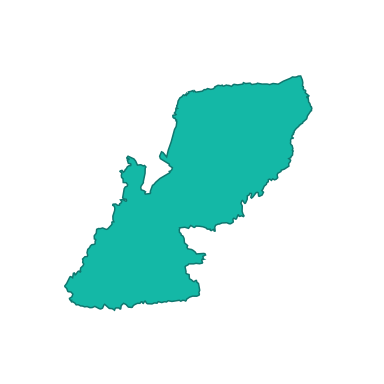 Mbooni, Eastern, Kenya (Albers equal-area conic projection), rotated 114°
{"feature_id": "3690345B27986350710354", "entity_name": "Mbooni", "entity_type": "district", "adm_level": 2, "iso_a3": "KEN", "parent_name": "Kenya", "parent_adm1": "Eastern", "projection": "albers", "projection_center": [37.612, -1.65], "detail": "fine", "context": "isolated", "style": "filled", "palette": "teal", "viewbox_px": 384, "rotation_deg": 114, "n_neighbors": 0, "source": "geoboundaries", "source_scale": "gbopen_adm2", "svg_char_len": 6088}
<svg xmlns="http://www.w3.org/2000/svg" viewBox="0 0 384 384"><g transform="rotate(114 192 192)"><path d="M185.3,265.0L187.3,265.5L187.8,265.1L187.3,263.3L187.9,262.8L189.1,264.1L191.7,261.8L191.2,259.5L192.1,258.8L192.9,258.8L193.3,260.0L195.2,261.3L197.5,261.5L198.7,262.1L200.1,262.0L201.6,262.6L200.7,264.8L202.0,266.2L202.5,266.2L203.2,263.8L205.7,263.3L207.4,262.2L207.9,260.5L211.3,258.7L210.3,255.8L211.5,253.7L213.2,253.6L214.5,255.0L216.5,255.3L225.5,253.0L226.0,251.4L225.4,249.0L226.6,248.2L227.2,248.4L227.4,249.0L227.0,252.1L228.3,254.1L229.3,252.3L230.9,252.4L232.2,253.3L233.5,252.9L234.4,254.5L234.0,256.8L235.2,259.1L235.8,259.2L236.4,259.0L236.6,257.2L238.4,255.8L240.6,255.1L246.2,254.5L249.5,252.9L251.0,251.3L251.8,252.8L252.3,252.9L253.7,252.1L254.6,252.1L260.0,254.0L260.8,254.7L261.1,255.5L261.2,259.0L262.7,260.8L263.5,262.7L264.9,263.9L268.7,262.7L271.6,263.5L272.3,263.3L274.6,262.1L274.5,260.8L275.0,260.4L276.3,260.5L278.3,259.6L279.0,259.6L279.7,260.2L280.9,262.1L282.7,262.9L284.5,262.9L286.8,263.9L290.2,263.2L292.1,261.6L293.5,261.4L294.7,263.5L297.8,264.7L298.8,263.8L300.8,263.2L301.8,261.6L303.7,261.6L306.7,262.8L308.8,262.2L310.0,261.3L310.7,261.6L310.2,263.1L311.0,263.9L315.0,264.7L315.2,265.2L314.0,266.1L313.8,266.6L314.5,267.3L318.9,266.2L318.6,268.2L318.8,268.8L319.4,269.0L326.6,269.3L329.6,270.0L330.2,269.6L331.1,267.2L333.1,265.3L333.4,264.5L332.6,262.0L333.7,259.3L336.7,259.1L339.0,260.7L339.6,260.3L340.5,258.9L340.0,257.9L341.2,257.7L341.4,257.3L340.8,256.1L341.1,253.9L342.2,251.9L341.2,250.1L341.4,247.4L340.7,245.6L340.6,243.4L339.3,241.2L339.2,238.2L338.2,236.2L336.0,234.2L336.3,229.1L336.0,227.8L334.5,226.5L330.9,226.5L330.1,226.1L332.0,220.2L331.0,217.4L331.5,214.7L329.8,214.8L328.8,214.3L327.6,211.6L328.1,210.7L328.1,209.9L327.7,209.6L324.5,210.5L321.5,209.2L321.6,206.5L323.0,203.3L322.1,200.4L321.6,199.7L319.5,199.4L318.0,198.4L315.9,196.6L314.9,194.3L312.9,193.7L312.6,193.1L313.5,191.9L313.5,191.1L311.2,190.9L310.7,190.4L312.0,188.3L312.2,187.3L310.5,183.0L308.6,181.2L307.8,178.7L305.9,178.2L305.3,174.6L303.5,172.7L302.8,170.5L301.0,169.5L300.2,165.9L296.1,159.6L296.3,157.8L294.9,156.7L294.2,155.2L294.2,153.5L293.7,153.2L292.1,153.3L289.1,151.5L286.9,149.1L285.2,145.2L283.4,143.6L282.3,143.7L281.1,144.8L278.6,145.0L272.9,148.9L272.5,150.7L271.0,152.0L271.4,152.7L273.1,153.7L273.1,155.2L272.5,156.6L272.3,159.0L268.6,161.1L268.9,162.7L268.8,164.2L268.3,164.7L266.9,165.2L263.2,167.9L262.3,167.7L260.2,166.0L258.9,165.6L256.9,161.2L255.5,159.3L254.5,156.0L252.9,153.8L252.3,153.6L250.5,155.3L249.9,155.4L248.6,153.8L248.7,155.2L247.7,154.9L246.4,155.9L244.0,154.0L243.1,155.1L243.4,156.4L246.8,162.8L245.6,164.5L244.9,167.1L244.7,169.0L245.6,172.6L244.6,174.1L242.7,174.2L241.5,178.2L237.9,180.2L236.8,181.3L235.9,182.5L235.8,184.3L234.9,184.8L234.2,185.8L234.1,186.9L231.7,188.3L230.4,188.3L229.8,188.8L227.1,184.2L226.6,180.4L223.1,179.5L223.5,175.8L223.2,175.2L221.5,174.5L220.3,171.4L219.3,167.8L219.1,164.6L219.7,163.0L218.6,160.2L219.5,159.7L219.5,158.8L217.5,157.2L218.7,155.7L218.2,155.0L214.9,156.9L212.8,156.9L210.7,155.1L210.2,154.0L208.1,152.0L205.9,147.7L205.9,145.1L205.3,143.8L203.0,142.2L202.4,142.2L200.5,143.4L199.3,143.4L198.9,143.0L199.1,141.3L198.5,140.5L194.4,140.7L194.0,140.2L195.0,139.0L194.9,138.5L193.5,136.9L193.6,135.1L193.1,134.8L192.5,134.9L191.3,136.6L189.2,138.4L184.3,140.4L182.3,142.8L179.6,142.8L179.1,142.3L179.3,141.9L180.8,139.6L180.9,139.0L180.3,138.6L176.1,138.6L173.0,139.9L171.7,138.7L169.7,138.6L169.2,137.3L169.5,136.8L173.0,136.1L173.4,135.2L172.3,134.5L166.4,133.1L165.7,132.2L165.8,131.2L168.6,129.5L168.5,128.6L166.2,126.7L163.1,126.6L162.3,128.8L160.6,128.4L157.3,128.4L154.8,127.2L152.9,127.4L151.7,126.5L149.6,127.3L148.6,126.2L149.1,124.2L147.2,123.6L147.3,121.5L146.1,120.3L144.1,119.5L141.7,121.2L140.0,121.2L137.1,119.1L135.8,119.3L133.5,116.9L129.0,114.0L126.6,115.3L124.9,114.7L123.2,114.7L122.7,115.0L122.1,117.2L120.5,115.7L119.4,115.9L117.3,115.2L114.5,116.3L113.4,116.2L113.1,117.3L111.3,117.5L108.9,119.4L108.3,121.0L107.3,122.0L106.3,122.1L104.4,123.1L103.2,123.1L102.5,122.8L102.0,121.6L101.5,121.5L101.0,123.1L99.7,123.6L98.0,122.8L97.1,123.5L96.4,122.9L94.7,123.4L91.6,122.6L88.3,121.1L87.2,121.1L86.3,120.2L85.2,120.0L84.3,119.0L83.1,119.1L78.5,117.0L75.5,117.5L70.0,116.5L69.1,115.9L68.5,116.4L67.2,116.4L66.0,117.2L65.6,117.6L65.7,118.2L63.1,120.5L62.5,121.9L58.9,124.1L59.0,125.4L58.5,125.8L58.1,125.7L57.5,124.5L56.6,124.3L55.2,129.0L53.4,129.2L52.9,130.1L53.2,131.4L52.5,132.5L51.5,132.5L50.4,133.2L50.4,134.0L50.0,134.3L47.1,135.2L44.8,136.8L41.8,139.9L42.9,142.1L44.0,142.9L45.2,144.6L46.0,147.0L48.2,148.5L53.7,153.7L58.4,157.1L59.9,162.1L62.3,164.7L62.8,167.3L64.9,171.9L66.0,176.5L66.9,177.0L69.5,181.1L68.9,183.2L71.1,187.1L71.2,189.5L72.8,189.5L75.6,193.9L76.5,197.3L77.1,197.9L79.5,198.9L79.6,201.8L80.0,202.1L80.3,204.1L82.3,206.0L82.6,206.7L82.1,207.9L83.1,208.8L83.9,211.6L86.7,213.9L87.3,213.6L89.4,214.8L90.6,216.6L91.2,219.9L92.8,220.9L93.5,222.5L95.7,223.6L99.2,229.0L98.5,231.3L99.6,231.3L99.3,232.9L100.2,233.5L102.0,236.0L103.1,235.2L104.1,235.9L103.9,236.8L105.0,236.3L105.9,236.4L105.4,237.6L106.8,238.0L106.7,239.2L107.3,239.6L109.1,240.0L110.8,241.3L114.5,241.7L118.1,240.8L119.2,241.1L120.1,240.5L121.5,240.6L121.6,239.4L122.8,240.6L123.8,239.9L125.9,239.8L127.0,240.2L127.7,238.1L128.3,238.4L129.5,240.5L130.1,240.6L131.6,239.6L131.9,238.4L131.4,237.6L132.1,237.0L132.5,235.5L133.5,235.7L133.5,234.8L134.2,234.4L138.5,233.1L141.9,233.4L154.7,231.4L163.4,230.7L170.3,229.4L167.7,234.6L167.7,236.2L172.5,236.1L174.4,234.4L175.8,224.0L177.1,223.6L177.8,219.8L179.8,219.5L181.5,220.1L182.4,221.1L182.8,220.2L183.8,220.4L192.6,226.7L197.8,229.1L200.7,229.9L202.0,230.8L207.8,230.4L209.3,230.0L209.6,229.5L210.5,229.7L212.9,233.8L212.0,234.8L210.8,234.5L210.4,236.2L210.6,239.3L208.7,240.7L207.3,240.9L203.3,240.2L202.3,240.7L194.0,242.5L189.1,244.5L188.2,244.2L187.7,244.5L187.1,246.3L188.0,247.1L187.9,249.8L189.6,252.8L186.7,256.0L185.4,258.5L185.3,265.0Z" fill="#14b8a6" stroke="#0f766e" stroke-width="1.5"/></g></svg>